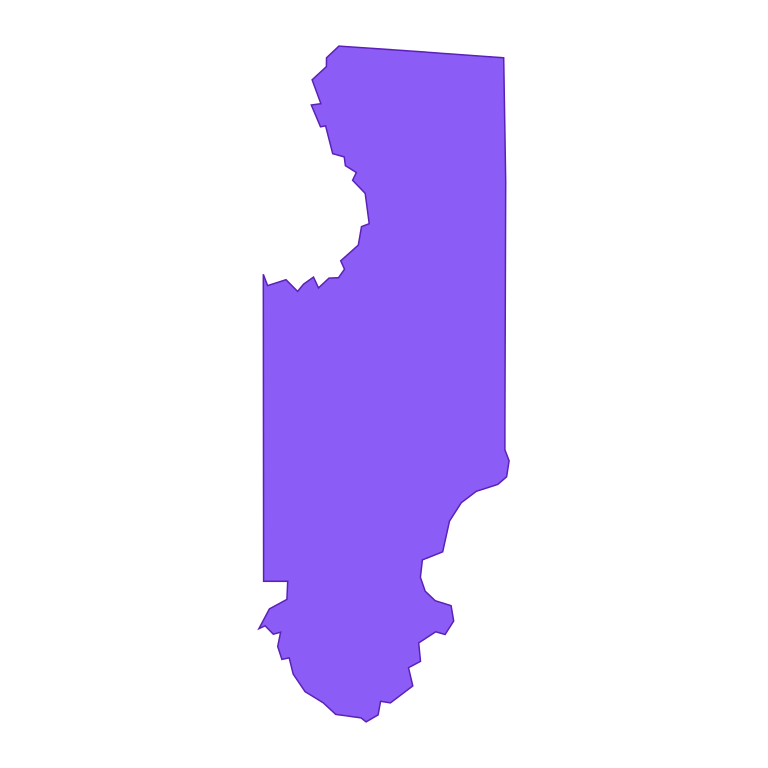 the district of Columbia, Florida, United States of America
{"feature_id": "52423323B5286931917033", "entity_name": "Columbia", "entity_type": "district", "adm_level": 2, "iso_a3": "USA", "parent_name": "United States of America", "parent_adm1": "Florida", "projection": "natural_earth1", "projection_center": [-82.645, 30.212], "detail": "fine", "context": "isolated", "style": "filled", "palette": "violet", "viewbox_px": 768, "rotation_deg": 0, "n_neighbors": 0, "source": "geoboundaries", "source_scale": "gbopen_adm2", "svg_char_len": 1067}
<svg xmlns="http://www.w3.org/2000/svg" viewBox="0 0 768 768"><path d="M414.5,51.3L338.9,46.1L326.5,57.8L326.4,66.6L312.1,79.8L320.9,103.7L311.3,105.0L320.5,126.8L325.6,125.9L332.7,153.7L344.2,156.9L345.4,165.7L356.3,172.5L352.6,180.3L365.2,193.4L369.2,223.7L361.5,226.6L358.3,245.1L340.7,260.8L344.5,269.2L338.5,277.7L329.0,278.1L318.5,287.9L313.5,277.1L303.6,284.1L297.6,291.4L286.0,279.7L267.6,285.6L263.3,274.3L263.6,581.3L287.7,581.3L286.9,599.4L269.4,608.9L258.9,628.7L265.1,625.8L273.3,634.2L280.6,632.2L277.7,646.5L281.9,659.4L289.2,657.9L293.2,674.1L305.1,691.7L323.2,702.8L335.7,714.4L361.0,717.9L366.1,721.9L378.1,714.9L380.6,701.3L390.4,702.9L412.8,685.9L408.5,667.7L420.5,661.3L418.7,642.9L435.7,631.8L445.1,634.5L453.7,621.0L451.1,605.7L435.2,600.7L425.2,591.2L420.4,577.3L422.4,559.9L442.7,551.8L449.5,521.1L461.3,502.7L476.3,491.3L497.8,484.4L506.6,476.8L509.1,460.8L504.9,449.8L504.9,425.2L505.7,181.7L503.7,57.8L456.9,54.4L448.8,53.8L442.4,53.4L436.6,52.9L427.8,52.3L425.1,52.0L414.5,51.3Z" fill="#8b5cf6" stroke="#5b21b6" stroke-width="1.5"/></svg>